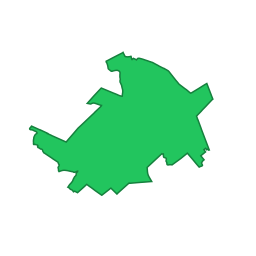 the district of Baneasa, Giurgiu, Romania, rotated 151°
{"feature_id": "2599482B8826706360299", "entity_name": "Baneasa", "entity_type": "district", "adm_level": 2, "iso_a3": "ROU", "parent_name": "Romania", "parent_adm1": "Giurgiu", "projection": "natural_earth1", "projection_center": [26.067, 44.052], "detail": "fine", "context": "isolated", "style": "filled", "palette": "green", "viewbox_px": 256, "rotation_deg": 151, "n_neighbors": 0, "source": "geoboundaries", "source_scale": "gbopen_adm2", "svg_char_len": 5365}
<svg xmlns="http://www.w3.org/2000/svg" viewBox="0 0 256 256"><g transform="rotate(151 128 128)"><path d="M114.7,197.0L115.1,196.3L115.0,195.6L115.0,195.0L115.3,193.3L115.6,192.1L116.5,189.6L116.5,189.1L116.1,188.1L115.4,186.3L115.2,185.9L114.9,185.6L114.5,185.4L114.2,185.3L112.8,185.0L111.2,184.5L110.3,184.1L109.8,183.9L109.5,183.7L109.2,183.4L108.9,183.1L108.6,182.8L108.4,182.4L108.2,182.0L108.1,181.7L108.0,181.3L108.0,180.9L108.1,180.5L108.2,180.2L108.3,179.9L109.0,178.9L110.1,177.0L110.4,176.4L110.7,175.6L110.9,174.9L111.1,174.5L111.2,174.3L111.3,174.1L111.8,173.6L112.2,173.0L112.3,172.7L112.6,172.2L112.7,171.7L112.7,170.8L112.8,169.8L112.9,169.4L112.9,168.5L113.6,166.3L114.0,164.7L114.1,164.2L114.3,163.9L114.5,163.2L114.8,162.7L115.4,161.7L116.2,160.7L117.7,158.6L118.1,158.8L118.3,159.0L119.3,160.0L119.7,160.4L120.8,161.8L121.2,162.4L122.9,164.5L123.9,165.7L129.2,172.4L132.0,175.9L135.5,174.8L138.3,173.9L141.1,173.0L143.2,172.3L151.7,169.3L149.2,167.2L148.5,167.0L147.6,167.0L146.7,166.8L146.5,166.7L146.0,166.5L145.5,166.2L144.4,165.1L143.7,164.3L141.8,162.2L141.0,161.3L140.6,160.9L140.2,160.6L140.4,160.4L140.7,160.3L141.2,160.1L141.9,159.8L148.2,158.2L148.9,158.1L149.1,157.9L151.7,157.2L152.5,157.0L153.1,156.9L153.5,156.7L154.1,156.6L168.4,152.9L171.7,152.1L178.7,149.5L184.4,147.4L185.0,147.2L187.4,146.3L188.9,145.7L197.6,157.3L198.1,157.9L198.5,158.6L201.2,162.2L200.9,162.3L205.6,168.8L205.7,168.7L210.6,175.3L211.4,176.4L211.6,176.3L211.8,176.3L211.8,176.2L212.0,176.0L212.9,175.7L213.8,175.5L214.1,175.4L214.2,175.2L214.4,175.0L214.5,174.8L214.5,174.6L214.4,174.3L214.2,173.9L214.0,173.7L213.0,173.0L212.7,172.8L212.2,172.2L211.1,170.6L210.0,169.2L209.9,169.0L209.9,168.1L209.9,167.9L210.0,167.7L210.3,167.5L210.5,167.4L210.9,167.4L212.0,167.3L212.2,167.2L212.9,166.9L214.2,166.0L214.9,165.4L215.9,164.0L216.3,163.6L217.2,162.2L217.4,161.7L217.9,160.6L218.1,160.1L218.2,159.9L218.3,160.0L218.5,159.6L218.5,159.4L218.4,159.2L218.1,159.0L217.7,158.9L217.6,159.0L215.7,157.2L215.3,156.5L215.4,156.4L215.6,156.1L216.2,155.4L216.2,155.1L216.2,154.8L216.1,154.5L215.9,154.5L215.9,154.3L215.3,153.4L214.8,152.3L214.7,152.1L214.6,151.9L214.0,151.6L213.8,151.4L213.7,151.2L213.5,150.8L213.4,150.6L213.4,150.3L213.5,150.0L213.7,149.3L213.7,148.5L213.7,148.0L213.6,146.9L213.4,146.7L213.1,146.3L213.1,146.2L209.9,140.0L209.1,138.5L209.1,138.4L209.0,138.1L205.8,132.0L206.2,130.2L206.0,129.6L205.9,129.3L206.0,129.2L206.5,128.5L208.2,127.5L208.3,127.3L208.9,125.5L209.1,125.0L209.4,124.5L209.7,123.5L209.9,123.5L209.5,123.3L207.8,123.1L206.1,122.7L205.2,122.4L204.0,121.8L202.3,120.6L201.4,119.9L198.3,117.1L197.8,116.9L197.6,116.6L197.4,116.3L197.1,115.9L196.7,115.4L196.0,115.1L195.5,115.0L195.0,114.9L193.8,114.9L193.4,114.8L193.0,114.7L193.3,114.2L194.7,113.8L195.1,113.5L195.4,113.3L195.6,113.0L195.8,112.6L196.1,112.1L196.4,111.8L196.7,111.7L197.4,111.5L197.9,111.3L198.4,111.2L198.7,111.0L199.7,110.4L199.9,110.2L200.3,109.9L200.5,109.9L202.1,108.5L203.8,107.7L206.5,106.8L208.1,106.0L208.2,105.8L209.3,105.4L208.7,104.4L208.4,104.0L208.4,103.6L208.2,102.6L208.1,102.3L207.9,102.0L207.6,101.8L207.1,101.0L206.8,100.3L206.6,98.6L205.6,98.6L205.3,98.6L203.5,95.9L195.5,97.7L191.4,98.7L190.0,95.5L189.1,93.8L187.0,89.0L183.6,82.0L183.5,81.9L172.1,83.7L169.7,75.6L168.4,76.0L158.4,78.3L153.9,79.3L153.9,79.1L142.8,74.1L138.7,72.2L133.2,69.7L133.3,74.1L133.3,75.7L133.2,76.6L133.1,77.5L132.8,78.7L132.2,80.3L130.4,84.2L129.4,84.5L110.9,89.1L110.8,88.8L110.4,88.4L110.1,88.2L109.7,88.1L110.0,87.5L110.5,86.6L110.8,85.7L110.9,85.3L110.8,84.9L110.7,84.7L109.7,83.7L109.4,83.3L109.4,83.2L109.4,82.7L109.7,82.0L110.2,81.4L110.5,81.0L110.8,80.5L110.8,80.3L110.8,79.4L111.0,78.5L111.3,77.9L111.5,77.4L111.5,77.0L111.4,76.9L111.3,76.6L111.0,76.4L110.5,76.1L109.6,75.8L108.6,75.3L107.7,74.7L107.4,74.4L96.8,75.7L95.7,75.9L88.3,77.2L86.7,69.4L85.7,64.0L85.2,61.6L84.7,59.3L83.8,59.3L82.8,59.1L82.0,59.0L81.6,59.0L81.3,59.0L81.1,59.1L80.9,59.4L80.8,59.8L80.8,61.0L80.7,61.4L80.6,61.8L80.2,62.1L79.2,62.6L78.7,62.9L78.1,63.1L77.6,63.2L76.9,63.3L77.8,68.4L71.8,69.5L72.1,72.3L70.0,72.6L69.8,70.9L68.8,71.0L68.3,70.5L68.4,69.7L67.6,69.4L64.4,91.5L64.2,92.5L62.8,101.7L62.9,101.8L63.0,101.8L63.5,101.6L62.9,102.0L62.6,103.3L62.3,105.2L62.0,105.3L56.0,107.1L54.1,107.8L52.4,108.3L49.1,109.3L47.3,109.9L42.5,111.4L40.2,112.1L39.8,112.1L39.3,116.0L39.2,116.5L37.5,128.7L39.4,128.7L45.0,128.4L46.9,128.3L54.8,128.0L55.1,127.9L55.5,128.0L56.0,128.2L56.3,128.1L56.6,128.6L58.3,133.1L58.6,133.7L59.1,134.7L61.0,139.0L61.3,139.7L61.6,140.4L62.2,141.9L62.3,142.4L62.4,143.4L63.1,146.8L63.4,148.8L63.8,151.1L64.8,157.4L65.0,158.2L65.2,158.7L65.4,158.9L65.5,159.1L65.6,159.4L67.1,161.8L67.6,162.4L67.5,162.5L68.5,163.7L71.0,167.4L71.2,167.8L71.6,168.5L72.3,169.5L73.7,171.7L74.2,172.5L74.8,173.4L75.4,174.1L75.9,174.5L76.2,175.0L76.6,175.3L77.6,176.5L78.4,177.4L79.9,179.0L81.7,181.0L82.4,181.7L84.3,183.5L85.1,183.9L85.4,184.1L85.6,184.1L86.3,183.9L86.7,183.8L87.6,183.5L87.8,183.9L88.2,184.5L89.3,186.0L89.5,186.3L91.0,186.0L91.3,185.9L91.4,186.0L91.3,186.5L91.1,187.4L90.9,188.2L90.8,188.5L90.8,188.9L90.6,189.2L90.7,189.3L91.0,189.2L91.2,189.3L93.7,190.3L94.6,190.9L95.4,191.5L95.6,191.7L95.7,191.9L95.7,192.0L95.9,192.2L95.7,196.5L96.0,196.4L99.0,196.5L101.2,196.6L107.9,196.8L112.9,196.9L114.7,197.0Z" fill="#22c55e" stroke="#15803d" stroke-width="1.5"/></g></svg>